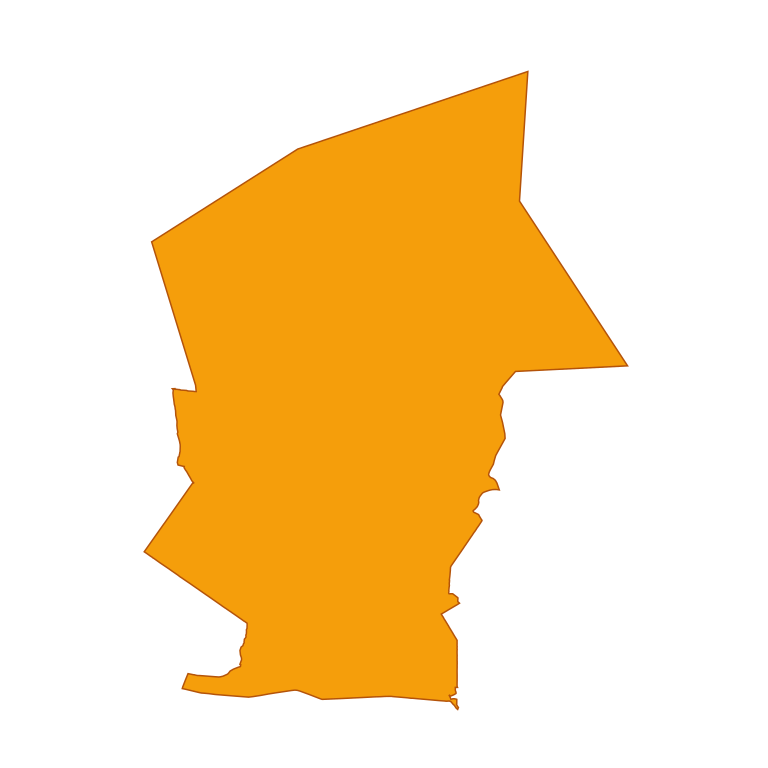 Waterland, Noord-Holland, Netherlands, rotated 274°
{"feature_id": "6326949B46441940402531", "entity_name": "Waterland", "entity_type": "district", "adm_level": 2, "iso_a3": "NLD", "parent_name": "Netherlands", "parent_adm1": "Noord-Holland", "projection": "albers", "projection_center": [4.995, 52.443], "detail": "fine", "context": "isolated", "style": "filled", "palette": "amber", "viewbox_px": 768, "rotation_deg": 274, "n_neighbors": 0, "source": "geoboundaries", "source_scale": "gbopen_adm2", "svg_char_len": 5760}
<svg xmlns="http://www.w3.org/2000/svg" viewBox="0 0 768 768"><g transform="rotate(274 384 384)"><path d="M509.6,142.3L369.7,196.1L363.4,197.2L363.4,196.8L363.3,196.2L363.3,195.5L363.3,195.3L363.4,194.6L363.4,193.4L363.4,191.2L363.4,190.7L363.4,190.4L363.3,189.8L363.4,189.5L363.4,189.3L363.5,188.2L363.7,187.9L363.8,187.5L363.8,187.2L363.8,186.4L363.8,185.8L363.8,185.1L363.8,183.5L363.7,183.1L363.8,181.6L363.8,181.2L364.0,181.1L364.1,180.5L364.2,180.0L364.1,179.6L364.1,179.4L364.2,178.8L364.2,178.4L364.2,177.7L364.3,177.2L364.2,176.8L364.2,176.6L364.1,176.3L364.1,175.8L364.8,175.8L364.6,173.8L364.5,173.2L364.3,173.4L364.2,173.5L363.8,174.0L363.7,174.0L363.1,174.2L362.9,174.2L360.3,174.1L356.6,174.7L354.8,175.1L351.4,175.8L349.2,176.2L346.6,177.1L344.4,177.5L343.1,177.9L338.1,178.5L333.7,179.8L332.5,180.1L331.1,180.2L328.1,180.3L325.1,180.8L322.4,181.5L321.4,181.7L320.1,181.3L319.9,181.3L313.0,183.9L309.3,184.9L307.4,185.1L304.5,185.2L302.1,185.3L301.7,185.1L300.3,185.0L298.4,184.7L298.1,184.8L297.2,184.5L296.7,183.8L291.3,183.3L288.8,184.2L287.9,189.5L287.8,190.5L286.6,190.4L286.5,190.5L284.6,191.8L282.9,193.2L282.2,193.7L279.0,195.8L277.6,196.8L275.6,198.1L274.1,199.0L271.7,201.5L272.1,200.2L270.6,199.3L233.8,177.1L229.5,174.5L229.1,174.2L199.9,156.5L198.3,159.3L196.0,163.0L195.2,164.5L194.2,165.9L194.0,166.5L191.6,170.4L190.0,173.0L184.5,182.5L182.4,185.9L179.1,191.5L177.1,194.5L176.9,195.0L173.9,200.1L171.3,204.6L168.9,208.6L161.8,220.5L161.7,220.6L161.6,220.8L160.1,223.4L156.2,229.9L152.3,236.4L151.1,238.3L150.3,239.7L149.6,240.8L149.3,241.5L147.9,243.8L142.9,252.3L138.5,259.6L137.8,260.6L137.6,261.3L136.5,263.0L135.9,264.0L135.3,264.2L133.1,264.3L130.6,264.4L129.4,263.9L129.1,263.9L127.3,264.1L124.9,264.1L123.9,263.7L122.8,263.9L121.9,263.9L121.0,263.5L119.7,262.5L118.1,262.5L117.2,262.4L116.1,262.6L115.3,262.0L113.1,261.5L111.6,259.8L108.2,258.9L107.6,259.0L103.7,259.7L101.4,260.7L100.8,260.9L99.5,261.1L98.8,261.1L94.3,259.8L93.9,260.4L93.8,260.7L93.3,260.5L92.2,260.5L92.0,260.3L91.4,258.6L89.8,255.2L89.3,254.2L88.8,253.3L87.3,251.1L87.1,250.7L86.7,250.4L84.9,249.2L83.8,248.3L83.7,248.2L83.4,247.7L81.3,243.8L81.0,242.8L80.5,241.2L80.4,240.7L80.2,239.7L80.2,236.1L80.3,221.0L80.2,218.0L80.3,217.3L80.7,214.9L80.7,214.1L81.0,211.9L81.4,208.7L75.0,206.6L67.9,204.4L66.1,204.0L65.6,207.6L63.3,221.2L63.0,223.3L63.0,223.8L63.0,225.8L62.9,230.8L62.5,237.3L62.3,254.9L62.2,268.6L62.2,270.8L63.0,275.1L64.7,282.6L66.7,290.3L67.5,293.8L68.2,296.8L71.8,313.1L72.1,314.7L72.4,316.4L72.4,318.0L72.3,319.3L72.1,320.2L71.9,321.2L69.1,330.9L66.9,338.0L65.4,342.9L65.2,343.8L65.1,344.4L67.3,363.8L68.7,375.4L69.8,384.8L71.3,397.0L71.8,402.1L72.4,406.8L72.7,410.2L72.8,411.3L72.9,413.5L72.8,414.6L72.7,422.5L72.6,429.1L72.4,433.0L72.5,434.7L72.4,438.9L72.2,451.5L72.0,461.3L72.0,465.8L71.9,468.4L72.3,471.2L71.8,472.9L69.2,475.4L68.3,476.6L65.8,478.5L65.3,479.1L64.5,480.2L66.5,480.8L66.8,480.5L68.3,479.4L69.7,478.6L69.9,478.8L70.0,478.9L74.5,478.6L74.6,478.3L74.9,476.4L74.9,475.9L74.9,475.4L74.8,474.6L74.6,474.1L74.5,473.8L74.1,472.8L74.6,472.5L74.8,472.5L75.6,472.1L77.9,470.8L78.1,471.1L77.2,471.7L77.5,472.7L77.8,473.2L78.2,474.1L78.7,475.0L78.9,475.4L79.2,475.8L80.2,477.3L80.3,477.4L80.7,477.4L81.5,477.3L82.0,477.1L82.7,476.8L83.2,476.6L83.8,476.5L84.5,476.4L84.8,476.4L85.2,476.5L86.3,476.3L86.5,478.5L87.3,478.1L87.6,478.0L89.9,477.8L94.0,477.6L94.6,477.5L95.2,477.5L98.2,477.3L103.0,476.9L107.2,476.7L108.0,476.6L110.5,476.5L111.4,476.4L112.9,476.3L113.0,476.2L115.4,476.1L116.2,476.0L118.6,475.9L119.2,475.8L121.3,475.6L123.0,475.5L124.7,475.5L125.0,475.4L125.4,475.3L127.2,475.3L127.7,475.2L128.4,475.1L130.6,475.0L131.5,474.9L133.4,474.8L133.6,474.7L133.8,474.5L134.7,473.9L136.1,472.9L136.5,472.6L139.2,470.7L140.1,470.1L140.4,469.9L140.6,469.8L140.9,469.6L141.6,469.0L142.2,468.7L142.6,468.3L144.0,467.4L144.3,467.1L145.2,466.5L146.5,465.6L146.8,465.4L147.4,465.1L147.8,464.7L149.3,463.7L149.8,463.3L151.1,462.4L152.4,461.5L153.9,460.3L155.5,459.4L155.8,459.1L157.1,458.1L158.5,457.2L164.1,465.3L169.1,472.6L170.6,474.6L171.6,473.4L172.1,472.8L172.4,472.7L175.2,472.7L175.7,472.7L176.0,472.5L176.2,472.2L177.2,470.7L178.2,469.2L178.9,468.1L179.4,467.4L179.5,467.1L179.5,466.9L179.5,466.0L179.3,464.3L179.3,463.8L179.6,462.7L179.6,462.8L179.7,463.1L182.1,463.2L182.5,463.0L184.2,463.1L185.3,463.1L187.7,463.3L188.6,463.1L189.9,463.0L190.4,463.0L190.6,463.1L192.3,463.1L192.5,463.1L192.9,463.0L193.1,462.8L193.4,462.9L197.2,463.1L202.8,463.2L203.2,463.2L203.9,463.1L205.3,463.2L205.7,463.1L205.8,463.1L207.3,463.7L208.5,464.4L217.1,469.5L221.5,472.1L222.3,472.6L223.9,473.5L225.2,474.3L226.8,475.2L227.9,475.8L229.5,476.8L231.1,477.7L232.9,478.8L233.0,478.8L234.0,479.4L238.1,481.8L238.9,482.3L242.3,484.2L243.1,484.8L245.2,486.0L245.5,486.2L245.8,486.3L246.4,486.6L249.3,488.4L254.5,491.3L255.0,491.0L255.3,491.0L255.6,490.6L256.7,489.9L257.5,489.3L259.1,488.2L259.8,487.8L260.2,487.6L260.4,487.3L260.6,486.9L262.4,482.4L262.8,482.1L263.1,481.9L263.7,481.7L264.5,482.4L265.7,483.7L268.0,485.5L268.9,485.9L270.9,486.6L272.6,486.8L274.5,486.4L275.7,486.6L276.9,486.8L278.0,487.2L278.9,487.7L281.9,489.7L282.8,490.8L283.5,492.2L285.0,495.7L285.6,497.3L286.2,499.5L286.4,501.1L286.5,502.1L286.6,503.9L286.4,506.4L293.0,503.6L295.7,501.8L297.3,499.6L298.2,496.8L299.2,495.7L299.9,495.1L300.4,494.8L301.1,494.7L302.1,494.8L303.3,495.1L304.8,495.6L306.2,496.2L311.6,498.7L315.2,499.3L320.3,500.4L324.1,502.1L338.1,508.6L342.8,508.0L354.0,504.9L361.2,502.4L372.9,503.9L374.1,504.0L375.9,503.6L377.2,502.8L379.1,501.4L380.3,500.6L381.8,499.3L388.7,502.2L389.6,502.3L394.0,505.5L405.7,514.3L419.1,625.7L575.9,506.4L705.8,505.7L652.6,378.1L612.4,281.6L509.6,142.3Z" fill="#f59e0b" stroke="#b45309" stroke-width="1.5"/></g></svg>